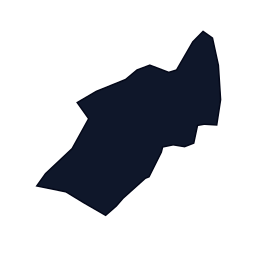 SVG path tracing the border of Eastern Tobago, rotated 350°
{"feature_id": "TTO-50", "entity_name": "Eastern Tobago", "entity_type": "Region", "adm_level": 1, "iso_a3": "TTO", "parent_name": "Trinidad and Tobago", "parent_adm1": "", "projection": "mercator", "projection_center": [-60.599, 11.278], "detail": "fine", "context": "isolated", "style": "filled", "palette": "ink", "viewbox_px": 256, "rotation_deg": 350, "n_neighbors": 0, "source": "natural_earth", "source_scale": "10m", "svg_char_len": 534}
<svg xmlns="http://www.w3.org/2000/svg" viewBox="0 0 256 256"><g transform="rotate(350 128 128)"><path d="M82.4,94.1L103.2,86.4L134.1,79.8L147.0,72.4L160.4,69.9L177.8,80.3L185.9,79.3L206.8,54.4L218.7,45.9L226.8,54.1L227.9,81.9L224.1,116.2L215.9,140.4L203.7,137.5L196.9,137.5L190.1,154.3L180.5,156.2L169.6,152.4L158.8,152.7L156.6,157.6L140.2,179.7L136.3,180.5L110.9,196.3L102.9,202.8L90.8,210.1L71.6,194.0L55.8,180.1L28.1,169.2L38.9,158.6L69.4,138.6L90.9,112.0L82.4,94.1Z" fill="#0f172a" stroke="#020617" stroke-width="1.5"/></g></svg>